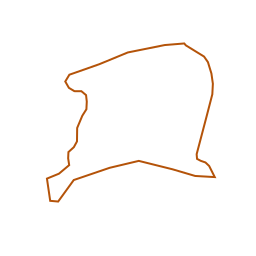 Yumbe, Robinson projection, rotated 73°
{"feature_id": "UGA-3086", "entity_name": "Yumbe", "entity_type": "District", "adm_level": 1, "iso_a3": "UGA", "parent_name": "Uganda", "parent_adm1": "", "projection": "robinson", "projection_center": [31.315, 3.455], "detail": "fine", "context": "isolated", "style": "outline", "palette": "amber", "viewbox_px": 256, "rotation_deg": 73, "n_neighbors": 0, "source": "natural_earth", "source_scale": "10m", "svg_char_len": 657}
<svg xmlns="http://www.w3.org/2000/svg" viewBox="0 0 256 256"><g transform="rotate(73 128 128)"><path d="M177.7,71.0L180.4,68.3L180.6,68.1L183.6,64.0L188.0,61.5L200.3,59.4L193.5,77.8L180.5,97.5L162.6,127.3L160.7,157.2L161.9,195.1L177.9,216.3L174.9,223.7L152.7,220.3L151.5,207.4L146.3,195.1L139.5,194.1L133.6,192.0L130.5,185.4L125.9,180.7L113.1,176.6L102.9,168.1L97.9,162.3L90.7,159.7L84.3,158.5L79.2,161.8L77.1,168.5L72.3,172.8L65.2,174.4L59.9,168.5L58.6,136.8L55.7,106.1L59.4,68.7L63.6,49.5L65.9,48.5L72.6,42.6L81.9,34.4L88.4,32.3L100.3,32.3L110.5,33.9L120.4,37.5L141.1,50.2L173.1,70.0L177.7,71.0Z" fill="none" stroke="#b45309" stroke-width="2"/></g></svg>